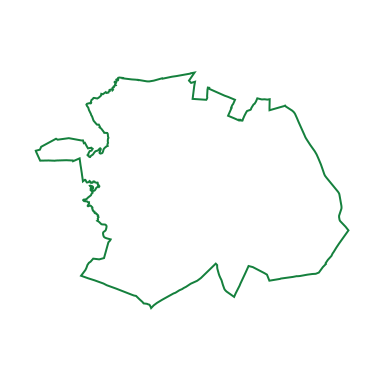 Vērēmu pag., Rezeknes, Latvia (orthographic projection), rotated 185°
{"feature_id": "27541924B33063248942187", "entity_name": "Vērēmu pag.", "entity_type": "district", "adm_level": 2, "iso_a3": "LVA", "parent_name": "Latvia", "parent_adm1": "Rezeknes", "projection": "orthographic", "projection_center": [27.375, 56.565], "detail": "fine", "context": "isolated", "style": "outline", "palette": "green", "viewbox_px": 384, "rotation_deg": 185, "n_neighbors": 0, "source": "geoboundaries", "source_scale": "gbopen_adm2", "svg_char_len": 5923}
<svg xmlns="http://www.w3.org/2000/svg" viewBox="0 0 384 384"><g transform="rotate(185 192 192)"><path d="M222.6,72.8L220.3,75.7L217.3,78.4L212.4,82.0L209.3,84.1L201.6,89.3L199.7,90.2L196.0,93.0L193.1,94.6L192.1,95.5L189.7,97.0L185.3,100.5L179.1,104.0L175.7,107.0L162.1,122.7L160.6,121.4L160.4,119.6L160.1,117.9L158.2,112.8L157.4,111.0L156.3,109.0L154.9,106.7L153.1,102.1L151.3,98.2L150.4,97.1L149.0,95.9L140.9,91.2L139.6,95.0L136.4,102.9L135.8,104.9L131.8,115.8L129.2,123.2L124.9,122.5L112.8,117.5L110.1,116.2L107.2,110.4L96.7,113.1L96.0,113.5L84.1,116.2L80.3,117.3L79.5,117.3L77.2,117.7L69.9,119.7L65.0,120.8L61.6,121.3L58.6,122.8L55.1,128.6L52.4,131.9L52.3,132.0L52.7,132.7L50.7,136.3L47.5,140.5L46.6,143.0L45.7,144.5L43.4,149.1L41.1,153.3L32.8,167.4L36.0,170.8L41.7,175.8L42.2,176.4L42.6,177.2L43.3,179.8L43.4,181.2L43.1,182.5L41.7,188.4L41.7,189.6L41.9,191.0L44.8,201.8L45.3,203.3L46.5,204.9L59.4,218.1L61.0,219.9L61.8,221.3L64.1,226.5L66.0,230.7L69.1,236.6L71.1,240.2L73.2,243.2L78.4,249.3L82.3,254.3L83.7,256.2L85.1,258.8L91.3,269.9L92.5,272.1L93.7,274.4L96.1,278.7L96.7,279.5L97.6,280.5L99.3,281.8L105.9,285.3L106.8,286.2L107.5,285.7L109.4,285.0L121.9,280.2L122.1,282.2L122.7,291.2L125.0,290.6L127.7,290.7L130.6,290.3L135.1,291.0L136.2,287.6L137.3,285.4L138.3,284.6L140.1,281.1L140.6,279.3L141.1,278.9L144.2,277.5L144.9,276.2L146.4,272.6L147.7,268.7L147.9,267.6L148.3,267.4L149.8,268.0L149.9,267.6L151.3,268.1L151.5,267.4L156.1,269.0L162.7,271.1L160.2,278.4L159.9,279.1L160.4,279.3L159.4,282.2L158.7,283.2L157.2,287.6L164.4,289.9L167.9,290.8L183.9,296.3L183.9,297.3L185.3,297.4L185.4,295.9L185.5,295.7L185.3,288.7L185.0,287.2L185.5,285.6L185.8,285.1L199.5,284.8L199.0,297.9L198.6,302.1L202.4,300.6L204.7,302.7L199.9,311.2L203.8,310.1L204.0,309.8L217.7,306.1L222.0,305.1L231.3,302.3L231.6,302.7L239.8,299.6L244.4,298.4L246.6,298.3L255.4,299.0L255.4,298.8L257.4,299.0L261.7,298.9L270.9,299.2L270.8,299.6L274.4,299.7L275.5,299.3L275.6,299.0L275.5,298.7L275.8,298.4L275.4,297.8L275.3,297.4L275.4,297.1L276.9,297.6L277.1,297.5L277.2,297.3L276.5,296.6L277.0,295.0L277.2,295.3L277.4,295.5L277.5,295.4L277.8,294.9L278.6,295.0L278.7,294.7L278.1,294.0L277.6,293.8L278.0,292.5L277.3,291.7L278.1,291.4L278.6,290.9L278.9,289.7L279.0,289.6L279.4,289.8L279.6,289.2L280.1,289.0L280.3,288.7L280.0,287.4L279.6,287.0L280.1,286.4L280.5,287.4L282.6,286.7L283.0,286.5L282.7,285.5L283.7,284.9L283.9,283.8L285.8,283.2L286.6,284.0L289.4,281.6L290.9,281.9L291.1,280.1L291.4,279.7L293.1,277.9L294.5,276.9L297.8,277.2L298.3,277.1L299.2,275.7L300.1,275.0L300.6,273.1L300.4,272.5L300.2,272.3L300.3,271.8L300.4,271.6L301.0,271.4L301.9,271.6L304.3,270.7L304.8,269.9L304.7,269.7L304.2,268.7L302.7,267.0L301.8,264.7L299.5,260.9L299.0,259.6L298.2,258.7L296.3,254.5L293.4,251.6L292.4,250.8L290.7,251.0L289.4,248.9L289.7,248.3L288.1,247.4L284.9,243.9L284.6,243.3L282.8,243.4L281.6,243.4L281.1,242.8L280.9,242.2L280.5,239.8L280.0,238.9L280.0,238.4L280.3,238.0L280.4,237.0L280.3,236.5L280.4,235.8L280.2,234.4L279.9,233.6L280.4,232.3L280.3,231.4L280.0,230.5L281.2,230.0L281.5,229.6L282.8,228.4L283.7,227.0L284.0,226.0L284.0,225.3L284.6,223.3L285.1,222.8L286.5,222.3L287.3,222.6L287.5,223.0L287.6,223.4L287.4,223.8L287.0,225.2L286.7,226.1L286.6,226.9L287.1,227.5L287.7,227.3L289.1,225.4L289.7,225.0L291.7,224.2L292.8,222.8L293.9,220.8L296.0,219.0L296.4,218.5L296.5,218.0L296.8,217.9L297.6,218.2L298.0,218.8L299.2,219.4L299.3,219.7L298.6,220.4L298.5,220.8L298.6,221.3L297.5,223.8L295.7,224.5L294.7,226.4L295.1,226.7L296.0,227.0L296.2,227.3L299.4,226.4L300.7,228.2L303.0,231.7L304.0,231.2L305.1,233.9L306.6,233.7L319.4,234.9L330.4,232.4L332.1,233.2L346.2,223.9L347.2,220.9L351.2,219.5L350.7,218.3L346.0,210.0L337.6,210.9L331.4,211.2L330.2,211.5L320.1,212.7L313.5,213.0L313.2,212.3L306.9,215.7L305.4,209.1L304.8,206.8L303.3,200.6L303.2,200.0L302.1,195.4L301.6,193.1L299.8,194.8L299.3,194.8L297.7,192.4L297.0,192.4L296.2,192.7L295.8,193.0L295.0,194.0L294.3,193.5L294.3,193.1L294.1,192.6L293.4,192.3L292.9,192.4L292.8,192.7L292.4,192.9L292.1,192.9L291.9,192.7L291.6,192.9L291.2,193.9L290.7,194.0L290.0,193.9L289.3,193.1L287.5,192.9L286.9,193.1L286.7,192.8L286.8,192.2L286.4,191.7L286.6,191.6L286.3,190.9L286.0,190.9L284.8,189.7L284.9,189.2L285.2,188.8L285.5,189.0L285.9,189.2L286.4,189.0L287.7,187.7L288.1,187.1L288.2,186.5L288.7,185.6L289.3,184.9L290.4,184.5L291.4,184.5L291.7,185.3L291.3,186.3L290.9,186.9L290.9,187.8L291.0,188.3L291.7,189.0L293.8,189.5L294.3,189.3L294.1,189.0L293.6,188.6L293.1,188.0L293.0,187.3L292.9,187.3L292.9,187.0L293.0,186.8L292.9,186.5L293.1,186.4L293.0,186.2L293.2,185.4L293.2,185.1L291.7,183.9L291.0,183.0L291.0,182.5L291.4,182.3L292.0,181.2L292.4,179.9L295.1,177.4L296.5,175.7L298.0,175.2L299.2,175.0L299.7,174.5L299.7,174.3L298.7,173.5L295.5,173.4L294.8,172.8L293.7,172.8L293.7,172.0L293.5,171.6L294.7,169.4L294.7,169.0L294.5,168.8L294.0,168.8L293.4,169.2L292.0,169.6L291.3,169.2L290.9,168.8L290.7,168.5L290.1,168.2L289.8,167.7L289.8,167.4L290.0,167.1L290.0,166.9L289.8,166.7L289.6,166.2L289.6,165.8L289.4,165.4L289.0,165.2L288.8,164.9L288.9,164.7L288.7,164.4L288.2,164.0L287.4,163.9L287.3,163.5L287.3,162.9L286.9,162.5L285.8,162.5L285.1,161.5L284.9,161.4L284.6,161.5L284.4,161.2L283.8,160.9L283.6,160.5L283.4,160.2L283.7,159.5L282.9,158.8L283.5,157.6L283.6,157.1L283.3,156.6L283.2,156.2L283.7,155.3L283.9,155.1L282.1,154.2L279.4,152.0L278.1,151.9L276.1,152.0L275.4,151.9L274.5,151.2L274.2,150.6L274.1,150.2L274.2,148.6L274.6,146.6L275.0,145.9L276.7,144.4L277.0,143.7L277.0,142.8L276.6,141.2L276.0,139.9L275.6,139.5L274.6,138.9L272.9,138.4L268.9,137.7L269.4,136.5L270.9,134.6L273.9,118.5L278.6,116.8L284.6,117.0L287.0,113.7L288.5,112.5L289.8,110.2L290.6,107.1L291.4,105.0L295.2,98.9L288.0,97.0L281.3,95.5L272.2,93.1L268.8,91.7L259.0,89.1L242.3,84.2L240.7,83.8L238.7,83.6L234.9,80.5L231.7,78.1L230.5,76.8L227.2,76.7L225.7,76.2L224.9,76.1L224.3,75.7L223.3,74.2L222.6,72.8Z" fill="none" stroke="#15803d" stroke-width="2"/></g></svg>